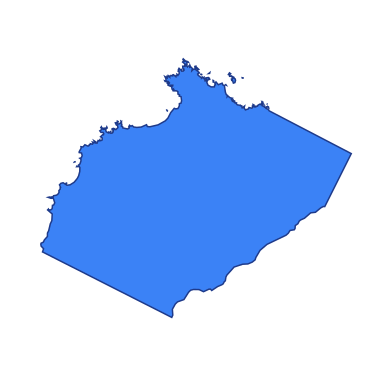 Florentino Ameghino, Chubut, Argentina, rotated 209°
{"feature_id": "61730980B85426679485259", "entity_name": "Florentino Ameghino", "entity_type": "district", "adm_level": 2, "iso_a3": "ARG", "parent_name": "Argentina", "parent_adm1": "Chubut", "projection": "orthographic", "projection_center": [-65.622, -44.445], "detail": "fine", "context": "isolated", "style": "filled", "palette": "blue", "viewbox_px": 384, "rotation_deg": 209, "n_neighbors": 0, "source": "geoboundaries", "source_scale": "gbopen_adm2", "svg_char_len": 6143}
<svg xmlns="http://www.w3.org/2000/svg" viewBox="0 0 384 384"><g transform="rotate(209 192 192)"><path d="M148.9,72.5L149.1,75.0L152.3,79.9L152.3,85.9L151.4,88.9L146.9,94.0L146.4,102.6L145.6,105.4L143.4,107.5L138.5,110.1L133.6,110.4L130.1,115.2L128.7,116.0L127.0,115.4L123.7,121.8L120.9,125.4L120.2,126.8L120.3,129.0L119.8,130.5L121.1,134.0L121.2,136.3L118.8,146.8L112.7,153.4L108.2,156.2L105.3,159.9L103.9,163.3L104.4,165.6L104.2,174.0L101.0,182.6L88.8,199.8L87.8,202.7L87.6,205.9L84.2,208.6L84.2,210.1L85.4,212.7L84.0,215.6L84.1,218.5L83.5,220.1L80.9,223.6L78.1,231.3L74.2,234.1L71.7,240.5L70.2,242.9L68.8,243.6L71.3,302.8L163.8,300.4L165.6,301.2L167.8,301.0L168.1,302.6L169.5,301.3L170.5,301.6L170.5,302.3L172.2,301.4L173.3,302.6L172.0,303.6L172.9,303.8L173.6,305.0L174.5,304.9L172.7,303.5L173.5,302.7L174.2,303.9L174.3,302.7L173.5,301.9L175.4,301.6L176.5,299.6L176.3,298.8L177.6,298.1L177.5,297.5L178.4,297.5L178.3,296.8L179.5,296.8L180.1,297.2L180.0,298.1L181.0,298.1L180.5,297.3L180.9,296.4L180.0,295.6L180.3,294.3L183.1,293.5L183.0,292.0L185.1,289.7L187.2,290.8L187.7,292.6L188.4,291.0L187.9,290.7L189.0,289.9L190.5,291.9L190.4,291.2L191.3,291.3L191.0,290.5L191.8,291.2L194.6,290.2L196.1,290.7L196.3,291.5L197.7,290.8L198.9,292.3L199.4,292.1L199.2,291.1L200.6,291.0L200.9,292.4L201.6,291.7L202.4,292.1L202.1,293.6L204.5,292.9L207.2,293.4L207.4,292.6L207.8,293.7L209.2,293.8L211.1,295.4L215.3,300.8L216.9,300.6L218.4,301.8L221.0,298.6L224.4,299.9L224.6,298.1L223.5,297.1L224.0,296.4L223.4,294.8L226.2,293.2L229.8,293.2L232.4,295.3L232.5,297.7L231.3,299.0L232.1,299.2L231.9,299.9L233.2,300.1L235.3,298.4L235.0,297.5L234.3,298.0L233.6,297.2L233.7,296.2L234.4,295.5L236.0,297.3L236.5,297.0L237.1,298.2L237.7,297.2L238.4,297.5L238.8,296.3L239.2,297.1L239.6,296.5L243.3,297.1L244.2,297.8L243.6,298.9L244.0,298.9L243.7,300.0L248.3,300.9L248.7,301.6L248.2,302.2L249.6,304.0L250.4,303.2L248.8,301.1L250.3,300.0L250.9,298.0L251.2,298.8L250.7,299.0L250.8,300.0L253.5,300.8L254.4,299.9L254.9,300.6L254.5,301.2L255.5,302.0L255.4,301.1L256.6,300.0L256.6,299.2L257.7,299.7L258.9,299.2L259.0,298.6L259.9,298.9L259.8,298.0L261.1,297.5L260.0,295.8L258.8,295.6L259.1,295.1L258.0,294.6L258.3,293.5L259.7,292.7L260.6,293.9L260.9,293.3L263.3,293.9L263.3,292.5L262.2,291.7L262.7,291.0L261.4,290.7L260.6,289.4L260.8,287.7L262.1,287.7L261.2,286.8L262.4,286.2L262.0,285.0L265.1,285.6L265.6,285.1L265.2,284.2L267.5,283.6L266.6,283.5L267.9,282.5L267.3,281.7L268.8,282.1L268.4,281.5L269.5,281.4L269.4,280.8L269.8,280.8L269.0,279.7L271.6,279.8L269.6,278.3L268.6,276.4L266.9,276.9L266.8,275.8L266.1,275.8L266.4,275.2L265.4,275.0L264.8,275.5L265.4,276.8L264.6,276.5L264.5,275.2L265.2,274.6L264.8,273.8L262.3,274.0L262.4,275.1L260.6,276.1L260.3,275.4L261.1,274.5L259.3,272.3L258.6,272.0L258.2,272.9L257.7,271.7L257.2,272.3L256.9,271.7L254.5,273.0L253.0,272.9L251.7,270.8L250.1,271.0L249.7,269.7L247.8,270.1L245.3,266.7L244.7,264.3L245.9,263.2L244.8,261.0L244.8,258.2L246.5,256.8L248.1,256.6L249.1,251.1L248.9,244.9L249.9,241.2L254.2,234.3L260.5,228.6L262.8,227.6L264.4,228.8L267.9,224.2L271.6,221.7L274.5,220.6L276.5,221.1L277.3,219.9L279.0,220.1L278.9,218.4L278.4,218.5L278.0,217.3L278.9,215.9L283.6,214.5L284.2,215.4L285.6,215.3L285.6,216.1L286.2,216.3L286.2,217.3L287.4,217.7L287.7,218.8L288.6,216.4L289.6,215.6L290.5,215.8L290.7,217.8L291.6,217.8L291.1,216.8L292.6,215.3L290.6,213.9L289.5,214.2L288.0,212.4L288.8,209.7L289.7,209.3L290.2,209.8L290.6,209.1L291.4,209.6L292.5,208.7L292.2,207.9L290.6,207.6L290.1,206.2L290.9,205.7L290.3,205.0L291.4,204.0L292.5,204.0L292.7,204.9L293.4,203.4L294.1,203.9L294.5,203.1L296.2,203.1L297.9,204.7L297.2,206.9L298.1,207.6L298.0,206.7L298.8,205.7L298.5,204.9L299.2,204.3L299.8,204.9L300.1,203.8L300.7,203.9L300.6,204.4L301.1,205.1L300.9,204.6L301.9,204.3L302.9,205.1L303.0,204.1L301.8,203.7L301.4,202.6L302.3,200.8L300.5,200.0L298.7,201.0L297.5,200.3L297.2,199.2L297.8,199.1L298.8,196.0L296.7,195.7L295.8,193.9L296.7,192.6L297.5,192.3L297.9,192.9L298.1,191.6L299.1,191.5L298.7,188.7L300.1,188.1L300.4,189.2L302.4,189.3L301.3,188.6L301.3,187.8L303.2,187.4L302.1,186.6L302.2,185.6L304.2,185.0L303.9,184.6L304.8,183.6L304.5,182.9L305.2,181.7L308.6,181.4L309.2,178.5L311.1,177.8L310.2,176.6L310.2,172.5L309.8,171.8L307.5,172.5L305.7,170.6L305.4,168.3L306.5,167.1L305.1,166.9L304.2,165.4L303.6,162.3L304.3,160.5L301.9,159.0L300.1,155.5L299.0,151.2L298.9,148.2L299.8,143.4L302.1,139.2L304.6,137.3L309.2,137.6L310.9,136.0L311.4,134.0L309.2,132.4L309.4,131.8L308.7,130.7L309.1,128.7L308.1,127.2L308.2,125.3L308.9,123.6L311.3,121.6L311.1,120.5L312.7,119.4L312.4,118.7L314.1,118.6L315.2,117.6L312.2,118.1L310.4,119.4L306.8,116.0L306.7,113.5L307.6,112.7L306.2,109.6L306.9,107.8L308.8,106.9L309.3,107.4L309.6,106.3L303.6,105.0L300.7,99.0L300.5,95.5L298.6,88.7L298.5,86.0L296.9,83.0L297.9,78.5L297.7,76.1L299.2,74.0L298.8,72.9L297.7,71.5L294.3,70.4L293.7,67.1L148.9,72.5ZM210.9,309.4L208.6,307.3L207.5,308.5L208.0,310.7L209.0,311.8L210.7,312.0L210.9,312.6L214.6,312.6L211.8,311.6L211.5,310.9L212.3,309.9L211.4,308.9L210.9,309.4ZM263.2,301.1L259.2,300.4L258.2,301.1L259.4,302.9L259.2,303.6L260.1,303.7L263.0,302.2L263.2,301.1ZM216.3,312.6L215.2,311.4L214.7,311.7L216.0,312.6L215.5,314.2L217.0,314.4L217.1,312.4L216.3,312.6ZM247.8,303.1L246.2,301.5L245.5,302.5L247.8,303.1ZM264.2,303.5L262.7,302.9L262.2,303.7L264.2,304.2L264.2,303.5ZM254.5,251.8L252.7,250.8L252.3,250.8L254.5,251.8ZM241.9,299.4L240.8,299.0L239.9,299.6L241.9,299.4ZM227.7,299.8L226.7,298.4L226.1,298.7L227.1,299.9L227.7,299.8ZM167.1,303.5L166.7,302.9L165.8,302.8L166.4,303.5L167.1,303.5ZM305.3,139.0L306.3,138.9L306.4,138.4L305.3,139.0ZM203.5,316.3L203.2,316.0L202.0,316.8L203.5,316.3ZM305.2,158.9L305.2,158.2L304.3,158.7L305.2,158.9ZM234.3,305.0L234.8,303.8L234.1,304.3L234.3,305.0ZM213.9,302.0L214.5,302.3L214.7,301.9L213.9,302.0ZM308.4,162.2L309.4,161.4L309.4,161.2L308.4,162.2ZM269.6,276.0L269.0,275.6L268.6,275.9L268.8,276.1L269.6,276.0ZM259.3,303.9L258.8,303.5L258.1,303.7L258.7,304.0L259.3,303.9ZM288.5,219.6L288.0,219.0L287.7,219.1L288.1,219.6L288.5,219.6ZM169.1,305.4L168.4,305.2L169.4,305.6L169.1,305.4Z" fill="#3b82f6" stroke="#1e3a8a" stroke-width="1.5"/></g></svg>